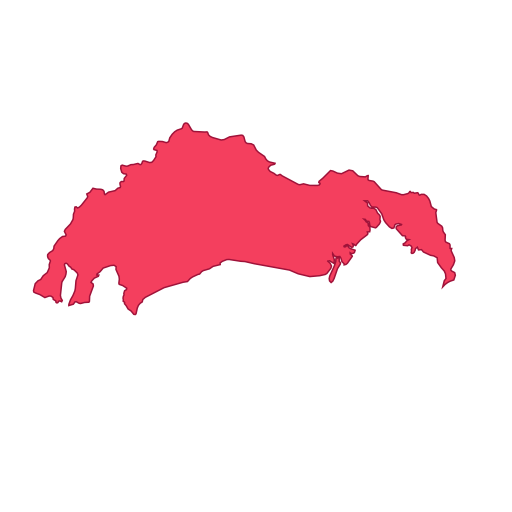 map outline of Sarawak (Mercator projection), rotated 205°
{"feature_id": "MYS-1187", "entity_name": "Sarawak", "entity_type": "State", "adm_level": 1, "iso_a3": "MYS", "parent_name": "Malaysia", "parent_adm1": "", "projection": "mercator", "projection_center": [112.841, 2.907], "detail": "fine", "context": "isolated", "style": "filled", "palette": "rose", "viewbox_px": 512, "rotation_deg": 205, "n_neighbors": 0, "source": "natural_earth", "source_scale": "10m", "svg_char_len": 6137}
<svg xmlns="http://www.w3.org/2000/svg" viewBox="0 0 512 512"><g transform="rotate(205 256 256)"><path d="M425.1,169.2L426.0,168.3L425.9,167.0L421.4,161.7L420.6,159.3L420.2,156.7L420.9,150.7L420.6,149.3L416.6,137.6L415.0,135.4L412.8,133.9L412.8,132.4L414.8,132.4L415.5,131.9L416.0,129.8L416.8,129.3L417.6,129.4L418.5,130.7L421.4,131.0L422.5,132.6L424.9,133.0L426.6,132.3L429.8,129.1L435.5,129.7L440.2,129.3L442.1,129.4L443.0,130.5L444.4,137.6L443.1,141.4L441.2,143.7L440.5,148.2L438.2,152.7L438.3,157.9L439.8,160.9L440.2,164.6L440.6,165.1L443.0,165.9L444.1,166.8L444.9,167.9L445.4,169.3L444.6,171.8L442.5,175.0L442.4,177.3L443.2,179.6L442.1,186.1L441.3,188.8L439.6,191.9L437.0,193.5L437.0,194.9L440.1,197.4L440.1,199.5L437.7,206.6L437.3,211.5L437.6,213.0L439.1,216.7L439.3,220.0L440.3,221.8L440.8,223.8L439.8,224.6L438.1,224.1L436.8,225.5L435.7,228.3L433.5,237.6L433.6,238.7L435.6,240.7L433.5,243.5L432.4,248.5L428.9,249.2L424.8,250.9L422.9,251.2L421.1,250.4L419.5,248.1L418.7,247.8L416.6,251.6L411.3,255.7L409.9,259.0L408.0,260.7L408.2,261.8L409.8,263.9L410.2,265.1L409.5,266.6L407.7,267.4L407.3,268.2L408.2,270.6L407.3,274.5L408.2,275.4L410.9,274.6L413.1,275.2L415.6,278.1L416.5,280.6L415.7,281.8L411.6,282.5L410.3,283.3L407.9,286.0L405.9,287.0L402.1,290.0L399.7,289.8L399.0,290.2L398.6,291.6L398.8,293.8L398.4,294.5L396.8,295.1L392.0,295.7L390.1,296.8L389.2,299.2L388.6,303.7L389.5,305.3L389.6,308.5L390.3,309.8L393.4,309.3L394.0,309.7L394.2,311.5L393.3,314.5L393.4,318.1L392.6,318.8L389.2,320.2L385.2,320.8L384.0,321.9L383.5,323.1L384.1,326.7L383.4,330.9L382.2,334.2L380.6,336.8L377.6,339.6L376.9,340.6L377.2,344.8L376.8,346.0L375.8,346.9L374.3,347.2L373.0,346.8L368.1,343.4L366.7,342.7L365.2,342.5L354.8,346.7L352.8,347.8L352.0,347.5L350.2,345.7L348.0,345.0L345.5,345.0L336.6,346.4L334.0,348.1L330.3,352.8L320.5,359.3L319.0,359.7L317.3,358.8L314.2,355.1L312.8,354.4L311.5,354.3L307.8,355.7L305.0,355.6L300.5,352.1L297.5,351.0L290.3,349.8L288.3,348.2L286.0,347.1L283.6,346.9L277.9,348.1L277.8,347.6L278.1,346.9L281.0,344.5L282.0,342.0L282.0,340.6L281.4,339.8L278.9,338.6L274.8,338.5L271.6,337.8L270.4,338.2L269.0,339.9L268.3,340.2L266.3,339.7L247.9,338.7L246.4,339.1L243.4,341.5L237.1,342.7L230.0,346.0L228.8,346.9L228.4,348.5L228.7,349.0L230.1,349.1L230.4,350.3L228.3,354.8L224.6,364.9L222.2,365.5L217.2,365.5L213.3,366.7L208.0,373.2L204.3,374.1L197.6,371.8L195.6,371.9L190.4,373.9L189.0,375.9L188.3,376.3L187.0,372.9L186.3,372.3L185.3,372.3L181.6,373.3L180.3,373.3L170.6,369.2L169.4,369.1L155.6,372.6L149.9,373.1L148.2,373.9L144.7,376.8L144.1,377.8L143.9,379.4L143.5,379.7L142.3,379.0L140.3,380.1L139.0,379.8L136.4,381.6L135.5,381.5L134.1,380.3L133.4,380.3L132.3,381.7L129.7,382.9L126.8,382.5L124.0,381.1L121.7,379.3L118.0,374.9L114.1,373.9L112.4,374.3L111.8,374.1L111.4,371.3L106.1,363.0L105.0,362.4L100.2,361.5L98.8,360.4L97.5,358.1L96.4,357.0L93.4,355.3L91.4,350.4L90.7,349.4L89.6,348.8L85.9,348.9L84.8,348.0L83.3,344.9L81.8,345.5L81.6,343.8L81.2,343.1L75.7,338.4L73.8,335.6L73.4,331.6L73.9,326.7L73.5,325.6L72.4,325.1L68.9,324.9L67.2,322.8L66.6,317.9L69.4,315.2L71.0,313.1L72.6,310.2L73.7,306.9L74.9,313.1L74.3,315.9L76.7,319.9L79.1,322.0L82.9,323.6L88.6,326.8L91.1,331.0L95.1,331.2L98.1,330.4L105.9,330.4L108.7,331.7L111.3,330.2L113.5,332.2L114.6,330.0L114.2,328.7L114.2,326.2L114.9,324.8L115.9,324.2L116.7,324.5L117.2,326.3L118.0,327.5L118.2,329.6L119.6,330.6L121.6,330.8L122.2,330.6L122.9,329.4L126.9,328.0L127.7,329.1L126.4,331.0L125.7,333.6L124.3,335.5L126.8,334.7L128.3,335.7L128.7,336.9L129.4,337.2L131.9,336.3L140.4,340.0L141.2,341.4L140.8,343.0L137.4,345.6L137.4,346.1L140.3,345.8L142.7,344.1L143.3,343.0L142.9,339.7L144.5,338.4L147.4,338.8L152.6,341.0L155.3,342.7L159.9,347.4L166.0,350.8L166.8,351.1L168.2,350.9L171.6,349.4L173.6,350.2L175.8,352.0L178.2,353.2L180.9,351.9L177.3,351.1L176.0,348.6L173.3,347.8L171.7,348.0L169.5,349.0L167.0,348.7L164.0,346.3L161.2,345.2L160.2,344.3L159.1,341.4L157.9,340.2L157.7,339.5L157.7,337.2L159.0,332.8L159.6,332.0L164.5,331.2L165.7,331.7L167.3,334.2L168.3,335.1L170.5,334.3L172.4,335.4L173.7,335.0L171.9,334.4L170.8,333.6L167.9,333.1L167.8,332.3L167.0,331.0L165.0,330.2L163.6,327.7L163.2,326.0L165.3,324.9L164.0,323.4L164.2,322.2L168.0,314.9L169.8,309.2L169.9,307.8L170.3,307.5L172.2,308.0L173.7,307.9L172.1,306.5L172.0,305.1L172.9,304.3L178.0,305.1L179.2,304.2L180.5,302.1L180.0,301.6L179.2,301.8L178.6,302.5L178.1,304.0L177.5,304.1L175.2,302.8L173.9,302.6L168.6,303.1L168.3,301.0L168.6,300.0L169.6,299.1L170.8,298.5L172.0,298.7L171.4,297.6L169.1,296.9L168.6,296.4L170.1,288.1L170.9,286.4L172.4,285.2L172.9,286.2L175.8,287.3L178.1,289.9L179.8,291.0L182.2,289.6L184.9,289.1L187.6,290.7L187.1,289.6L183.4,285.7L182.2,282.2L187.3,282.8L188.5,281.8L189.4,281.8L185.7,280.7L183.3,278.8L183.0,276.3L184.4,270.1L185.5,268.5L189.9,265.1L198.5,260.1L210.3,257.7L219.7,257.4L254.3,248.3L263.7,246.3L267.5,244.8L278.9,241.5L281.0,240.4L284.3,236.9L285.6,234.5L284.8,233.1L290.5,228.5L292.8,224.7L297.6,220.5L298.7,218.8L299.5,215.8L300.9,214.7L304.6,210.3L306.1,207.8L307.3,203.9L311.0,201.4L325.9,188.5L338.9,171.7L340.2,168.7L339.7,166.3L341.0,164.2L341.7,161.6L341.6,158.7L340.3,152.9L340.7,151.9L342.1,151.5L346.1,153.4L349.5,153.9L352.8,156.2L355.0,157.2L355.5,158.5L357.3,158.9L357.7,160.2L358.7,161.6L359.2,163.3L359.2,165.0L360.0,166.3L360.4,169.0L359.2,170.8L359.6,172.2L364.4,172.9L368.0,172.5L368.8,173.4L370.1,177.3L371.6,179.7L377.2,184.6L378.3,187.3L380.8,187.6L383.7,185.9L389.4,180.5L390.7,175.8L392.5,172.6L392.3,171.5L390.4,172.3L390.3,171.0L393.2,167.6L394.3,164.2L394.4,162.4L391.8,161.8L390.7,160.1L389.8,149.3L387.8,144.5L387.9,143.5L391.8,141.4L394.9,138.8L396.3,138.4L399.6,138.6L400.6,138.0L401.2,135.1L404.7,132.0L405.2,133.2L405.6,137.9L405.2,142.8L405.4,147.8L406.0,150.2L408.7,157.5L409.4,163.6L410.7,165.0L414.3,166.3L415.5,166.6L417.4,166.4L419.5,167.7L420.7,167.6L423.8,169.2L425.1,169.2ZM182.6,287.9L182.5,289.1L181.3,288.5L180.0,289.9L178.4,286.5L176.5,285.5L176.2,284.2L176.8,279.0L175.7,268.7L175.8,265.6L176.7,263.7L178.8,264.5L180.1,266.4L180.7,269.0L180.8,279.8L181.3,284.4L182.6,287.9Z" fill="#f43f5e" stroke="#9f1239" stroke-width="1.5"/></g></svg>